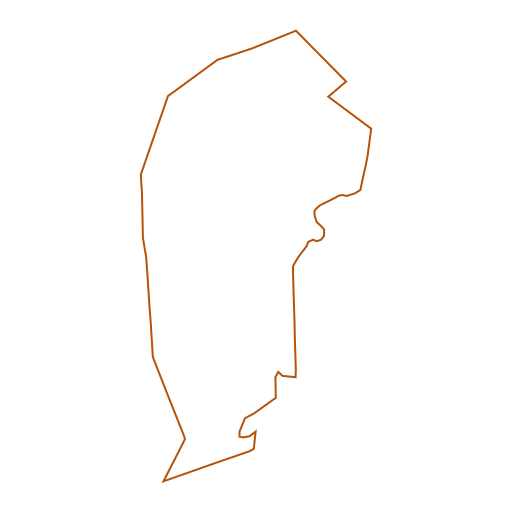 Gravatá, Pernambuco, Brazil (Equal Earth projection)
{"feature_id": "56859067B88428954360923", "entity_name": "Gravatá", "entity_type": "district", "adm_level": 2, "iso_a3": "BRA", "parent_name": "Brazil", "parent_adm1": "Pernambuco", "projection": "equal_earth", "projection_center": [-35.541, -8.216], "detail": "fine", "context": "isolated", "style": "outline", "palette": "amber", "viewbox_px": 512, "rotation_deg": 0, "n_neighbors": 0, "source": "geoboundaries", "source_scale": "gbopen_adm2", "svg_char_len": 1078}
<svg xmlns="http://www.w3.org/2000/svg" viewBox="0 0 512 512"><path d="M295.6,377.2L295.8,369.4L295.3,352.8L294.8,337.4L294.5,321.5L293.3,283.3L293.0,271.6L293.0,266.3L294.9,262.7L298.2,257.3L301.5,252.8L303.9,249.7L306.5,246.3L308.3,241.9L313.1,239.7L316.7,241.2L320.8,239.9L324.0,236.1L324.2,229.6L320.4,225.4L316.8,222.2L314.6,215.7L314.4,211.0L316.8,208.1L320.2,205.2L335.1,197.8L338.5,195.8L342.5,195.0L346.7,196.0L354.8,193.4L360.4,190.0L361.7,183.5L365.8,165.0L367.4,157.1L371.2,128.7L363.2,122.7L328.3,96.7L346.1,81.5L309.8,44.8L296.0,30.7L252.3,48.3L245.5,50.6L217.5,59.8L173.0,92.4L168.0,96.0L140.8,174.6L141.3,182.8L142.0,193.7L142.9,237.8L146.2,257.4L147.3,273.0L149.5,307.0L150.5,319.5L152.0,343.1L152.8,356.9L170.0,400.8L171.5,404.5L183.5,434.5L185.0,439.0L181.9,445.2L180.0,449.0L174.4,460.0L163.5,481.3L170.6,478.8L216.2,462.7L220.9,461.1L250.3,450.9L253.8,448.8L255.6,431.6L249.6,436.2L243.3,437.4L239.5,436.7L239.5,431.6L245.0,418.2L253.9,413.5L275.8,397.8L275.4,377.2L278.2,371.9L282.6,375.9L295.6,377.2Z" fill="none" stroke="#b45309" stroke-width="2"/></svg>